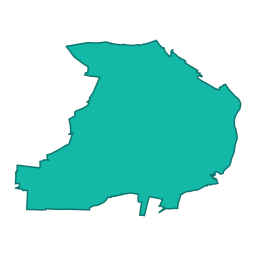 the district of Breasta, Dolj, Romania
{"feature_id": "2599482B32619103833819", "entity_name": "Breasta", "entity_type": "district", "adm_level": 2, "iso_a3": "ROU", "parent_name": "Romania", "parent_adm1": "Dolj", "projection": "robinson", "projection_center": [23.666, 44.346], "detail": "fine", "context": "isolated", "style": "filled", "palette": "teal", "viewbox_px": 256, "rotation_deg": 0, "n_neighbors": 0, "source": "geoboundaries", "source_scale": "gbopen_adm2", "svg_char_len": 5636}
<svg xmlns="http://www.w3.org/2000/svg" viewBox="0 0 256 256"><path d="M229.1,89.8L225.4,84.4L223.8,84.7L223.7,85.0L223.1,85.7L221.1,86.8L220.2,87.0L219.7,87.2L219.5,87.7L219.5,89.2L219.5,89.8L218.5,89.7L215.2,88.6L205.3,82.7L202.7,81.5L197.3,77.9L198.1,76.1L198.7,75.5L201.5,76.8L202.0,75.8L199.5,74.2L199.5,73.4L199.7,73.2L198.7,73.1L197.0,72.5L196.2,71.9L196.3,71.7L196.8,71.3L197.4,71.1L197.7,70.9L197.8,70.6L189.8,65.8L184.8,62.6L185.7,61.4L184.4,60.2L184.2,60.1L183.7,60.1L183.1,59.7L182.8,59.4L182.4,59.4L181.9,59.1L181.8,58.9L180.5,58.4L180.1,58.2L179.9,57.8L179.5,57.6L178.4,57.0L173.3,52.7L173.1,52.3L172.7,52.3L172.6,52.1L172.5,51.1L172.7,49.8L172.3,49.9L171.0,51.7L170.9,52.0L170.9,52.3L171.7,53.2L170.9,54.6L170.0,55.9L170.2,56.3L169.9,56.6L169.5,56.5L168.9,56.0L167.4,54.2L166.1,52.9L165.3,51.8L164.9,51.0L164.4,49.9L164.0,47.8L163.8,47.8L163.4,48.1L163.1,48.2L162.7,48.0L160.7,46.1L160.5,46.3L158.5,43.7L156.3,40.4L147.4,43.5L146.3,43.6L145.5,44.0L142.5,44.4L142.1,44.6L139.7,45.3L139.6,45.2L139.1,45.3L138.9,45.2L138.7,44.7L134.7,45.1L134.1,45.2L133.2,45.5L132.7,45.5L130.0,45.2L128.4,45.2L127.4,45.0L125.7,44.9L125.3,44.8L124.0,44.6L123.2,44.3L122.8,44.4L121.2,45.0L120.9,45.0L119.8,44.6L119.4,44.5L117.3,44.6L116.8,44.4L114.3,44.0L113.5,43.9L113.0,43.7L111.8,43.7L111.1,43.9L110.9,43.8L110.9,43.2L110.7,43.1L109.2,42.8L108.6,42.5L106.6,42.3L106.2,41.9L104.7,42.2L97.5,43.0L93.8,43.0L90.5,42.7L89.2,42.8L86.1,42.9L81.9,43.7L75.7,44.7L71.6,45.5L70.1,45.7L67.3,46.1L66.3,46.4L67.3,47.9L68.2,48.7L71.6,53.6L72.4,54.5L74.1,56.9L78.5,60.1L84.0,64.3L86.8,65.8L88.1,66.7L88.1,69.6L87.9,71.0L87.9,72.7L85.7,72.7L84.8,75.0L86.4,75.2L89.3,75.9L90.8,76.2L94.0,76.4L97.3,76.9L99.1,77.3L99.9,77.6L99.4,78.2L98.6,79.9L97.3,83.0L93.1,92.7L89.4,98.1L89.9,98.9L89.9,99.7L87.2,102.0L88.7,102.5L88.5,103.7L88.1,104.6L87.5,105.7L86.9,106.1L86.0,106.4L85.3,106.8L84.6,107.4L83.6,108.0L81.4,109.0L79.1,109.7L78.8,110.0L76.8,110.7L75.4,111.6L74.8,112.1L74.8,112.8L75.0,115.7L74.8,115.9L69.0,119.3L69.9,122.9L70.4,126.0L70.6,128.9L70.6,130.2L70.8,132.1L70.8,132.8L70.5,133.1L70.5,133.7L69.4,133.9L69.1,134.1L69.1,134.3L69.6,134.4L70.1,134.4L70.7,134.2L72.8,133.1L72.2,134.7L70.9,138.5L70.2,140.2L68.9,144.5L66.9,145.0L64.5,146.2L61.0,148.5L52.3,153.2L51.0,153.8L47.9,154.7L47.3,154.9L46.9,155.1L47.1,155.8L47.4,158.7L47.5,158.9L48.5,160.0L47.0,159.8L45.5,159.8L45.0,159.9L44.9,160.3L43.1,160.2L42.7,161.1L40.1,161.3L40.1,167.9L37.7,167.6L34.2,167.2L31.9,167.0L31.0,166.8L29.4,166.7L19.1,165.4L17.2,165.3L17.2,170.9L16.7,170.9L16.7,172.3L15.7,172.3L16.0,175.7L15.4,183.7L19.2,183.3L19.4,187.1L16.2,187.7L15.6,187.9L15.6,188.0L16.0,188.0L17.2,188.5L21.7,189.0L22.1,189.1L22.4,190.0L22.8,190.5L27.3,190.3L27.5,191.4L27.5,193.4L26.8,209.5L35.4,209.6L37.3,209.7L39.4,209.9L42.5,209.9L46.1,209.5L46.1,208.4L46.7,208.4L46.9,208.4L47.2,208.7L48.1,208.8L49.9,209.0L51.3,209.1L52.7,209.0L53.7,209.2L54.5,209.2L55.2,209.3L64.8,209.3L64.8,209.2L66.5,209.2L89.4,209.8L89.4,208.2L90.7,207.2L91.1,207.0L91.7,206.6L92.2,206.3L93.0,205.9L94.2,205.6L96.6,205.5L97.4,205.3L100.1,204.2L104.0,202.2L104.9,201.2L106.4,199.8L106.8,199.0L107.4,198.3L107.6,197.9L107.6,197.5L107.7,197.2L108.9,197.4L111.0,197.3L110.9,196.4L111.0,196.4L111.8,196.2L112.1,196.3L112.4,196.5L113.3,196.5L114.3,196.2L114.5,196.0L114.6,195.7L114.9,195.7L114.9,195.9L115.2,196.1L116.1,196.1L116.6,195.9L117.0,195.7L118.5,195.2L120.3,195.1L121.9,194.4L121.9,193.9L122.1,193.8L122.5,193.8L122.8,194.4L123.3,194.1L124.2,194.0L125.1,193.7L127.2,193.6L127.9,193.5L128.8,193.1L129.8,193.0L131.8,193.1L132.9,193.3L135.9,193.8L137.5,194.2L138.4,194.5L138.1,197.7L138.2,201.6L138.6,201.8L141.4,202.3L141.6,202.3L141.7,202.5L141.3,204.6L140.8,207.0L140.5,210.2L140.2,211.4L140.2,213.4L139.7,214.4L139.6,215.0L141.9,215.2L144.3,215.6L145.4,211.7L146.9,205.2L149.0,197.3L149.5,196.6L162.5,199.2L161.3,202.3L160.7,203.7L160.5,204.4L160.0,205.3L159.4,205.8L159.2,206.1L161.3,206.3L163.6,207.4L164.3,207.8L163.2,209.0L160.9,210.9L159.6,211.8L159.3,212.1L159.3,212.4L165.7,208.6L166.1,208.5L167.6,208.8L170.5,208.7L175.1,208.3L177.6,208.5L177.8,206.8L177.9,204.4L178.7,201.6L179.8,198.2L180.6,195.2L180.7,194.9L181.0,194.6L181.6,194.3L182.4,194.0L182.8,193.5L185.9,191.9L187.2,191.5L189.0,191.5L190.4,191.2L192.5,190.6L194.3,190.4L194.9,190.2L195.6,189.8L195.9,190.0L196.2,190.1L197.0,190.0L197.9,189.8L199.3,189.0L199.8,188.8L200.1,188.5L201.3,188.0L203.2,187.0L204.2,186.2L204.8,186.0L205.9,185.6L206.5,186.0L206.8,186.0L207.0,185.8L207.1,185.6L207.2,185.4L207.0,185.0L207.1,184.8L207.3,184.6L208.0,184.3L208.5,184.3L208.7,184.5L209.0,184.9L209.3,185.0L211.0,184.6L212.7,184.1L213.3,184.0L214.3,184.0L216.4,183.7L217.0,183.5L217.5,183.3L217.8,183.2L217.4,181.9L217.0,181.5L216.7,180.5L216.6,179.4L216.3,179.3L216.0,178.9L215.2,178.5L215.1,179.3L214.3,178.8L213.7,178.6L212.6,178.3L212.5,178.2L213.3,177.8L213.5,177.6L213.5,177.3L213.1,176.6L212.9,176.3L212.4,176.1L210.5,175.8L210.7,175.3L210.9,175.0L211.1,175.0L212.1,175.4L213.1,175.4L213.0,175.2L211.6,174.9L211.4,174.8L211.9,174.7L212.2,174.5L212.5,174.3L213.1,174.5L214.0,175.0L214.5,175.1L214.4,174.9L213.3,174.4L213.1,174.3L213.1,174.1L213.4,174.0L214.2,174.4L215.3,174.2L215.1,173.9L214.5,173.7L214.8,172.6L215.1,172.4L216.7,171.9L217.8,172.0L218.4,172.2L218.7,172.5L219.3,173.4L219.7,173.8L222.8,173.9L222.8,174.0L223.7,171.1L224.8,169.8L229.3,165.8L230.6,162.8L231.3,159.3L234.1,152.0L234.6,147.8L235.4,143.9L236.0,141.8L237.2,138.4L237.1,136.2L235.9,129.8L234.4,125.9L234.3,120.2L235.1,116.7L236.3,114.2L239.6,109.1L240.2,107.3L240.5,105.5L240.6,103.2L238.5,98.9L234.8,95.9L229.1,89.8Z" fill="#14b8a6" stroke="#0f766e" stroke-width="1.5"/></svg>